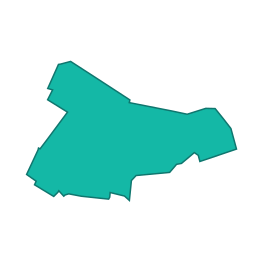 Androscoggin, Maine, United States of America, rotated 84°
{"feature_id": "52423323B83969208679502", "entity_name": "Androscoggin", "entity_type": "district", "adm_level": 2, "iso_a3": "USA", "parent_name": "United States of America", "parent_adm1": "Maine", "projection": "robinson", "projection_center": [-70.183, 44.198], "detail": "fine", "context": "isolated", "style": "filled", "palette": "teal", "viewbox_px": 256, "rotation_deg": 84, "n_neighbors": 0, "source": "geoboundaries", "source_scale": "gbopen_adm2", "svg_char_len": 723}
<svg xmlns="http://www.w3.org/2000/svg" viewBox="0 0 256 256"><g transform="rotate(84 128 128)"><path d="M196.7,154.7L194.9,153.4L190.3,152.5L195.3,138.6L200.2,134.2L180.6,130.1L176.1,124.9L176.5,94.2L176.5,91.2L169.2,83.5L168.8,78.5L159.4,64.6L162.5,61.0L168.8,60.0L160.3,22.3L139.3,25.7L128.2,32.6L117.8,39.3L116.6,48.6L120.5,67.7L115.7,82.5L102.9,124.1L100.3,123.2L83.3,144.1L80.4,147.7L65.9,165.6L55.8,178.1L57.4,188.4L57.5,190.5L80.3,203.7L82.2,199.0L91.5,205.0L105.9,186.5L131.0,209.6L139.5,217.6L138.6,219.1L140.5,219.8L163.6,233.7L171.3,224.9L174.7,226.9L188.3,209.0L184.5,204.3L183.2,203.4L189.1,199.0L188.0,197.5L187.3,193.8L191.0,181.5L196.7,154.7Z" fill="#14b8a6" stroke="#0f766e" stroke-width="1.5"/></g></svg>